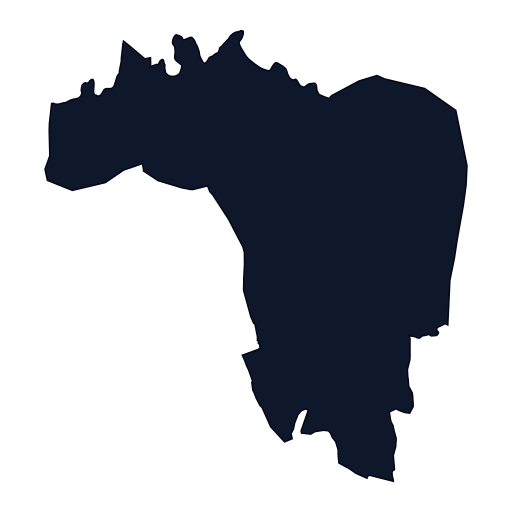 Mártir de Cuilapan, Guerrero, Mexico (Natural Earth projection)
{"feature_id": "50627088B19885629704089", "entity_name": "Mártir de Cuilapan", "entity_type": "district", "adm_level": 2, "iso_a3": "MEX", "parent_name": "Mexico", "parent_adm1": "Guerrero", "projection": "natural_earth1", "projection_center": [-99.386, 17.807], "detail": "fine", "context": "isolated", "style": "filled", "palette": "ink", "viewbox_px": 512, "rotation_deg": 0, "n_neighbors": 0, "source": "geoboundaries", "source_scale": "gbopen_adm2", "svg_char_len": 5762}
<svg xmlns="http://www.w3.org/2000/svg" viewBox="0 0 512 512"><path d="M295.8,79.4L295.2,79.3L293.5,80.0L292.9,79.9L291.8,79.6L290.1,78.4L289.1,76.9L287.8,74.5L286.4,70.0L285.9,69.0L285.0,68.1L282.9,66.3L279.9,64.5L277.7,63.3L276.8,62.7L276.0,62.8L275.1,63.0L274.5,63.7L273.6,64.7L272.3,66.5L271.1,68.9L270.6,69.6L270.2,70.0L269.7,70.5L269.0,70.7L268.0,70.6L266.2,70.2L264.7,69.6L263.7,69.4L263.0,69.0L262.5,68.9L260.1,67.7L254.4,63.8L251.8,61.7L248.3,58.8L246.0,56.0L243.8,52.5L241.5,48.7L240.3,46.4L239.4,44.3L239.1,43.0L239.2,41.9L239.7,41.1L240.2,40.4L241.2,39.2L242.0,37.8L242.9,35.2L243.2,34.0L243.2,33.1L243.3,32.0L243.3,31.5L242.9,31.0L242.0,30.8L241.0,30.7L240.2,31.0L239.4,31.4L238.7,31.7L238.0,31.8L236.2,32.1L235.5,32.3L233.4,33.4L231.9,34.6L230.5,35.9L229.8,36.8L228.4,39.1L227.3,40.1L226.0,41.6L224.2,43.3L222.1,45.8L221.4,46.5L220.1,47.4L219.7,48.1L219.2,50.0L218.5,51.9L218.2,52.5L217.7,52.9L216.8,53.1L214.2,54.7L213.4,55.5L212.6,56.0L211.7,56.5L211.0,56.7L209.6,57.4L209.0,58.0L207.8,60.2L206.4,62.1L205.6,62.9L205.0,63.2L204.2,63.2L203.1,62.4L201.2,59.1L200.2,57.0L199.6,55.2L199.2,52.6L199.2,51.9L198.8,50.8L198.1,48.7L197.0,45.7L195.9,44.0L195.6,43.4L195.3,42.3L194.7,41.0L194.1,40.0L193.2,38.8L192.2,37.7L191.3,37.3L190.2,37.4L185.2,39.4L183.9,39.9L183.4,39.9L182.9,39.4L182.6,38.8L182.4,38.1L181.9,37.4L181.0,36.5L179.1,35.7L177.5,35.1L176.2,34.8L175.7,35.0L175.3,35.3L174.4,36.4L173.5,38.0L173.0,39.4L172.5,41.8L172.5,42.5L172.7,43.5L173.0,44.3L173.6,45.1L174.4,46.1L174.7,47.1L175.0,49.2L175.2,51.7L174.7,56.5L174.7,58.1L175.1,59.3L176.4,60.9L180.0,63.8L181.5,64.8L181.7,65.5L181.6,67.5L180.8,70.5L179.8,72.9L178.9,74.1L178.3,74.7L175.9,75.9L174.1,76.3L172.6,76.4L170.7,76.2L169.7,76.0L168.7,75.5L167.8,75.0L166.4,73.7L165.9,73.1L165.5,72.3L164.7,68.0L164.9,65.1L164.8,64.6L164.1,63.3L163.5,60.4L163.2,59.9L162.8,59.6L162.6,59.5L161.9,59.6L161.4,59.8L160.8,60.4L159.9,61.3L159.4,62.2L158.9,63.5L158.6,64.1L158.2,64.5L157.8,64.6L157.5,64.6L157.0,64.4L156.5,64.4L155.2,65.0L154.7,65.0L152.7,65.8L150.7,66.9L150.5,57.7L144.8,58.8L127.8,44.5L123.5,41.1L122.8,44.7L122.5,48.1L121.4,57.9L121.3,61.3L119.5,70.4L119.4,71.7L119.4,73.2L118.1,74.8L117.3,75.9L116.7,77.6L114.9,83.7L114.2,85.7L113.3,87.1L112.5,87.9L111.3,88.4L110.6,88.6L106.1,88.6L105.6,88.8L104.8,89.2L104.1,89.8L103.1,91.3L101.9,93.5L100.9,94.8L100.3,95.3L98.6,96.1L97.8,96.0L96.3,95.3L95.3,95.1L94.6,94.6L94.1,94.0L93.8,93.1L93.6,92.2L93.6,90.3L94.0,83.6L93.8,81.7L93.5,80.5L93.1,79.7L92.8,79.4L92.4,79.4L91.9,79.4L90.6,80.1L89.9,80.7L88.8,82.4L88.2,82.8L87.7,83.1L87.2,83.1L86.6,83.1L86.1,82.9L85.4,82.8L84.4,83.1L83.7,83.6L82.8,84.4L82.2,85.2L81.8,86.2L81.3,89.4L81.3,90.9L81.7,91.8L81.7,92.7L81.7,93.6L81.4,94.6L81.0,95.6L80.2,96.6L79.0,97.7L77.4,98.5L75.4,98.9L74.1,99.1L71.4,99.8L70.2,100.3L67.6,101.6L66.1,102.4L65.0,102.8L64.1,102.8L62.9,103.0L58.9,104.1L57.1,104.2L55.6,104.1L54.4,103.7L53.1,103.2L51.6,103.6L49.4,123.6L49.2,130.8L49.8,155.8L45.0,169.2L47.4,180.4L72.4,190.4L105.3,182.6L123.6,170.1L142.4,163.6L143.5,169.4L143.5,171.0L158.0,180.6L181.8,187.8L190.8,189.5L192.6,189.6L207.6,185.9L209.8,191.6L212.7,194.8L228.6,219.3L242.9,246.9L244.4,252.6L244.5,264.3L243.8,277.9L243.6,289.8L243.9,291.5L250.8,316.6L253.6,323.1L255.0,324.1L257.4,336.6L257.4,337.9L257.6,338.4L257.4,339.1L257.7,339.3L257.8,339.8L257.3,340.4L256.9,340.8L257.8,340.4L257.9,340.6L258.3,340.6L258.4,341.3L259.2,341.4L259.2,341.6L259.5,342.0L259.4,342.3L258.8,342.4L258.3,343.0L258.9,343.2L259.1,343.7L259.6,345.0L259.8,345.4L259.8,345.7L260.0,345.8L259.8,346.6L260.2,347.7L258.4,349.3L258.2,349.6L257.7,349.6L242.3,355.2L245.0,361.3L246.7,366.0L248.5,369.6L250.7,375.8L252.5,381.0L251.8,382.6L252.9,390.3L254.2,392.8L256.1,397.9L260.0,405.5L262.1,407.5L270.7,426.8L284.6,441.9L292.2,438.7L291.1,433.6L293.4,429.0L294.7,422.9L297.9,414.7L301.4,410.7L305.6,408.9L308.3,410.2L301.1,430.9L301.5,433.1L310.7,434.1L315.0,431.6L323.3,430.3L328.5,430.8L330.6,433.3L332.4,437.5L335.7,441.7L338.1,449.8L338.2,455.6L338.9,463.0L346.8,467.4L348.3,468.0L353.5,471.6L355.9,473.3L367.0,478.2L367.3,476.9L368.0,476.1L369.3,475.2L393.4,481.3L393.0,478.7L392.6,477.6L392.0,473.7L392.1,472.0L392.8,470.6L394.5,469.6L393.3,455.3L395.7,446.7L396.2,438.5L394.6,432.7L394.0,430.4L393.0,425.5L391.1,422.1L390.4,418.9L390.0,416.6L389.4,411.9L396.2,408.7L398.3,410.1L402.5,411.7L404.5,412.4L406.8,412.8L409.7,413.2L413.3,406.3L412.9,400.0L412.6,395.1L412.2,392.9L411.4,391.3L408.7,386.3L408.1,378.5L407.8,377.1L407.4,369.7L409.7,360.4L410.0,357.9L410.0,338.6L408.7,335.7L410.6,336.1L412.0,336.2L413.0,336.2L413.7,336.3L414.5,336.8L415.1,336.9L415.4,336.8L416.1,336.8L416.6,337.5L417.1,337.7L418.4,338.0L419.0,338.1L419.6,338.0L420.6,337.3L421.3,336.6L421.6,336.1L421.8,336.0L422.0,336.0L422.7,336.0L423.1,335.6L423.4,335.5L423.8,335.6L424.2,335.5L424.7,335.5L425.0,335.4L425.7,335.4L426.0,335.3L426.7,335.2L427.1,334.9L428.0,334.1L428.4,334.1L428.7,334.5L428.8,334.7L429.4,334.9L429.8,334.9L429.9,335.0L430.2,335.1L430.7,335.6L431.2,335.9L431.5,335.9L432.3,335.8L434.2,335.7L436.1,335.5L436.9,335.2L437.3,334.9L437.5,334.6L438.5,333.2L438.5,332.8L438.3,332.0L437.9,331.5L437.4,331.2L437.1,331.1L436.6,331.1L437.0,328.5L436.8,327.7L440.9,325.8L444.3,324.0L445.7,323.9L447.8,325.0L449.9,280.3L454.4,258.2L457.2,239.7L463.3,205.6L466.1,184.9L467.0,165.7L455.8,110.4L424.7,88.5L384.5,78.9L377.0,75.5L359.0,81.0L331.5,95.7L329.1,98.5L325.1,97.1L324.0,96.6L319.6,94.8L319.3,94.7L318.9,94.2L317.8,92.2L317.3,91.3L316.9,90.1L316.5,86.2L316.3,85.4L316.0,84.6L315.5,83.9L315.0,83.4L314.7,83.3L314.0,83.2L313.2,83.3L311.0,83.6L309.1,83.9L307.4,84.8L305.2,86.6L304.5,86.9L304.0,87.0L303.7,87.0L301.9,86.6L300.9,86.1L300.3,85.6L299.5,84.7L297.0,80.6L296.6,80.1L295.8,79.4Z" fill="#0f172a" stroke="#020617" stroke-width="1.5"/></svg>